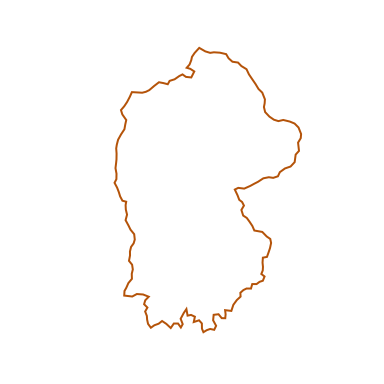 Araçoiaba da Serra, São Paulo, Brazil, rotated 314°
{"feature_id": "56859067B80681232985550", "entity_name": "Araçoiaba da Serra", "entity_type": "district", "adm_level": 2, "iso_a3": "BRA", "parent_name": "Brazil", "parent_adm1": "São Paulo", "projection": "albers", "projection_center": [-47.659, -23.543], "detail": "fine", "context": "isolated", "style": "outline", "palette": "amber", "viewbox_px": 384, "rotation_deg": 314, "n_neighbors": 0, "source": "geoboundaries", "source_scale": "gbopen_adm2", "svg_char_len": 2413}
<svg xmlns="http://www.w3.org/2000/svg" viewBox="0 0 384 384"><g transform="rotate(314 192 192)"><path d="M300.7,97.1L293.8,97.3L289.2,98.1L286.3,99.9L282.0,101.7L277.7,101.9L279.4,105.2L280.3,109.9L273.9,111.9L270.6,107.7L270.0,103.5L266.6,102.3L261.0,101.2L256.4,98.7L252.7,99.7L250.5,95.8L248.0,92.0L241.8,91.1L235.6,90.5L232.0,89.2L228.8,87.2L225.9,83.8L222.1,79.4L217.4,81.1L211.6,82.8L206.6,83.7L201.6,84.0L199.4,88.0L198.1,94.7L194.5,96.9L190.2,99.8L184.3,100.9L178.3,102.5L173.7,105.1L170.7,107.2L167.2,111.1L162.9,115.1L160.1,117.3L156.0,120.4L152.7,125.0L148.7,128.7L144.8,129.9L143.1,135.1L141.1,139.4L138.9,143.4L137.4,148.0L139.3,151.4L136.4,153.4L133.4,156.6L130.6,161.0L125.6,163.8L123.7,169.8L122.2,173.9L121.5,179.7L118.0,183.9L114.5,185.7L110.2,186.3L106.1,188.7L103.3,191.5L98.7,194.5L98.1,199.4L95.2,203.2L91.3,205.5L87.8,209.1L82.3,209.5L77.4,211.3L73.9,212.2L70.4,215.2L75.3,221.6L80.3,223.2L84.3,228.0L86.6,233.6L81.6,233.6L78.0,235.5L77.9,240.2L73.5,241.3L71.5,245.6L69.0,248.4L66.6,252.0L65.8,256.7L70.0,257.5L74.1,259.5L78.4,260.1L79.3,265.1L79.4,271.2L84.8,270.3L87.7,273.3L86.8,278.1L90.5,277.1L92.9,271.9L99.3,270.1L103.9,269.3L100.0,274.7L102.9,276.7L104.3,280.7L99.7,283.6L104.6,286.2L104.3,290.4L100.6,294.1L99.1,297.6L102.9,298.6L106.1,300.2L108.3,303.7L112.5,302.3L114.4,296.3L118.7,292.9L122.5,296.0L121.9,301.0L124.3,303.6L127.4,301.1L130.0,297.9L133.8,302.9L139.6,300.1L145.4,299.3L150.5,299.6L153.1,296.8L157.2,297.1L160.5,298.3L163.5,301.5L167.6,299.3L170.6,302.4L174.3,303.0L177.4,304.6L181.6,302.9L181.2,298.8L184.7,297.4L187.4,295.1L190.2,291.8L194.0,288.6L197.4,291.0L201.6,289.1L205.8,287.1L210.3,284.3L212.6,280.9L211.9,276.7L212.1,270.3L207.6,263.6L209.5,259.0L210.6,254.0L211.4,249.4L210.6,245.2L213.4,240.0L218.3,238.8L219.6,235.0L219.2,231.4L221.2,227.2L223.5,221.1L227.1,222.4L230.7,227.2L236.9,229.7L241.1,231.0L245.2,232.4L251.4,233.8L256.0,237.0L258.6,240.6L263.0,242.9L267.3,241.4L273.5,242.5L278.8,245.2L284.8,245.1L290.9,240.6L295.9,240.4L301.2,234.0L306.3,232.8L309.5,230.2L312.4,223.8L312.5,218.2L310.6,213.4L307.2,207.6L303.0,204.9L300.9,200.7L300.0,195.3L300.3,189.1L303.1,184.7L306.2,182.7L309.3,180.1L312.3,173.5L312.3,168.3L313.8,162.7L315.2,155.9L316.2,151.2L318.2,145.9L316.9,140.0L317.1,135.2L313.8,130.6L313.6,125.4L314.9,120.8L311.6,115.3L307.7,110.7L304.7,108.4L302.4,103.9L300.7,97.1Z" fill="none" stroke="#b45309" stroke-width="2"/></g></svg>